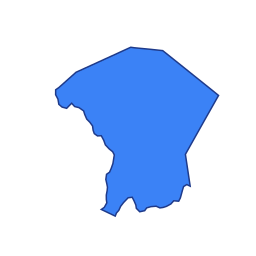 São José do Bonfim, Paraíba, Brazil, rotated 297°
{"feature_id": "56859067B5531543323181", "entity_name": "São José do Bonfim", "entity_type": "district", "adm_level": 2, "iso_a3": "BRA", "parent_name": "Brazil", "parent_adm1": "Paraíba", "projection": "orthographic", "projection_center": [-37.335, -7.141], "detail": "fine", "context": "isolated", "style": "filled", "palette": "blue", "viewbox_px": 256, "rotation_deg": 297, "n_neighbors": 0, "source": "geoboundaries", "source_scale": "gbopen_adm2", "svg_char_len": 1022}
<svg xmlns="http://www.w3.org/2000/svg" viewBox="0 0 256 256"><g transform="rotate(297 128 128)"><path d="M201.2,93.8L154.1,56.4L132.6,48.0L129.2,46.2L124.8,48.4L121.9,52.5L117.7,55.6L116.7,59.8L117.7,64.4L121.0,65.4L124.5,66.6L122.9,70.7L123.9,75.1L123.1,80.7L120.5,83.2L117.2,87.2L115.8,91.4L113.7,95.5L110.2,97.9L107.7,100.5L107.1,104.4L109.0,107.7L106.0,112.0L102.7,115.5L100.8,120.8L99.9,125.1L97.8,128.0L93.5,129.4L89.5,130.7L84.2,131.4L80.2,131.6L77.0,129.9L72.1,131.6L68.5,134.6L65.9,136.6L62.6,137.9L58.4,139.1L54.4,141.2L51.7,143.1L46.5,142.9L43.3,141.2L43.7,156.6L47.1,156.3L50.4,157.2L54.9,157.0L59.6,157.9L65.9,159.8L68.2,163.2L65.9,166.4L62.9,170.0L60.2,171.9L58.7,176.5L61.9,180.4L65.3,180.9L68.3,184.1L71.1,188.6L71.3,192.7L73.1,195.3L75.7,197.9L79.8,200.7L83.9,201.8L85.8,206.4L89.4,206.4L92.9,205.7L97.1,204.8L101.1,204.1L104.3,206.1L104.4,209.8L130.6,191.1L170.5,192.7L198.1,193.9L199.5,187.5L212.7,123.8L208.4,112.5L202.4,97.3L201.2,93.8Z" fill="#3b82f6" stroke="#1e3a8a" stroke-width="1.5"/></g></svg>